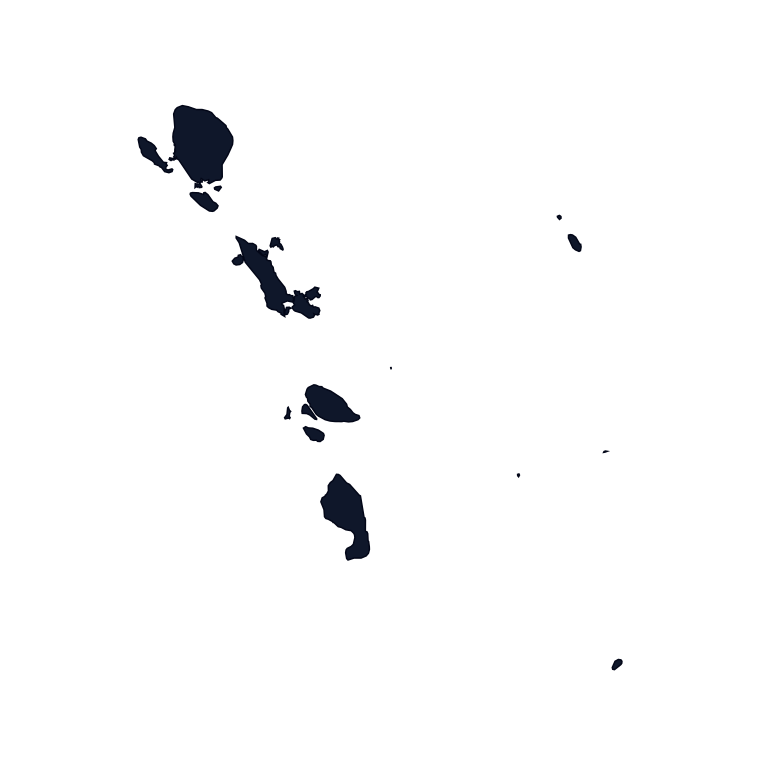 Wakatobi, Sulawesi Tenggara, Indonesia, rotated 13°
{"feature_id": "22746128B42553963392557", "entity_name": "Wakatobi", "entity_type": "district", "adm_level": 2, "iso_a3": "IDN", "parent_name": "Indonesia", "parent_adm1": "Sulawesi Tenggara", "projection": "albers", "projection_center": [123.878, -5.686], "detail": "fine", "context": "isolated", "style": "filled", "palette": "ink", "viewbox_px": 768, "rotation_deg": 13, "n_neighbors": 0, "source": "geoboundaries", "source_scale": "gbopen_adm2", "svg_char_len": 6183}
<svg xmlns="http://www.w3.org/2000/svg" viewBox="0 0 768 768"><g transform="rotate(13 384 384)"><path d="M151.3,157.6L145.1,157.5L139.4,158.8L131.0,157.9L124.9,158.1L120.4,161.2L118.9,163.6L118.3,168.2L122.5,181.1L122.2,187.0L122.7,190.6L124.0,194.9L126.4,197.6L125.8,197.9L126.1,198.8L127.1,199.0L127.5,202.9L128.3,203.8L127.7,204.1L128.1,205.6L127.1,206.5L128.6,208.3L128.0,210.0L129.8,211.2L130.8,209.6L131.3,210.6L130.9,211.4L131.6,211.0L133.7,211.8L150.5,227.5L157.0,229.6L157.8,228.9L159.1,229.4L160.2,228.3L161.3,228.2L161.2,227.0L160.4,227.4L159.6,226.3L159.7,224.9L163.7,226.4L167.8,223.9L167.2,224.7L167.6,227.0L167.1,227.4L168.7,228.0L173.9,223.5L178.5,222.1L179.5,220.1L179.8,218.6L176.9,206.7L180.3,195.9L181.8,188.6L182.5,184.6L182.0,180.9L180.8,177.4L174.4,170.7L172.8,169.7L171.9,167.8L161.9,162.5L160.2,162.3L155.0,158.4L151.3,157.6ZM352.9,504.4L351.8,505.7L351.9,506.6L349.4,508.8L349.0,513.0L353.8,519.9L355.9,526.7L357.6,528.1L360.2,528.3L364.8,529.6L365.5,530.4L366.4,530.3L371.5,533.3L374.5,533.3L379.6,534.6L385.1,534.3L388.2,536.3L389.2,537.6L390.2,540.2L390.2,547.1L388.5,549.7L385.2,552.4L384.4,554.2L384.6,557.1L386.9,562.5L388.5,563.6L394.0,560.3L400.9,558.7L405.3,555.5L406.9,552.4L407.0,548.5L406.3,545.9L404.5,541.0L403.7,540.3L401.8,533.5L400.7,531.9L399.5,531.9L398.8,531.0L396.5,520.7L395.6,518.8L394.5,518.3L386.2,498.3L384.8,497.9L373.1,489.6L369.7,488.8L361.8,483.0L359.9,482.4L358.0,482.7L356.0,489.6L353.9,492.1L352.6,495.6L353.9,500.7L352.9,504.4ZM215.8,275.3L206.8,273.5L207.1,275.0L211.1,278.9L221.4,296.5L239.3,310.4L242.3,314.3L241.9,315.8L242.9,318.1L247.5,322.2L249.0,325.2L248.7,326.9L251.8,331.6L252.5,334.4L254.4,335.6L257.8,336.5L262.8,336.2L264.4,337.3L267.8,338.1L268.0,339.2L272.0,340.5L270.3,336.8L270.0,333.4L268.4,330.0L266.9,329.7L266.4,328.2L271.1,324.8L276.5,324.7L276.9,321.9L275.2,318.5L273.7,318.8L271.6,318.2L270.5,318.7L268.5,318.1L267.7,315.6L265.5,312.1L257.2,305.5L254.4,302.6L253.4,300.4L251.6,299.7L249.7,295.2L247.5,293.5L246.3,290.3L245.4,289.5L243.4,289.8L241.5,289.1L241.4,287.9L240.2,286.6L236.2,286.2L230.2,282.8L229.5,282.0L228.7,278.5L227.8,277.6L224.4,276.6L220.1,277.6L215.8,275.3ZM317.8,400.4L315.8,400.6L311.0,404.5L310.2,406.3L309.8,411.9L311.3,414.2L312.6,415.0L313.7,417.9L316.5,420.2L317.1,422.5L318.8,423.1L324.8,428.7L327.4,430.0L334.7,432.0L339.7,432.2L344.4,431.6L351.4,430.1L353.1,429.3L357.9,428.9L361.9,427.6L366.7,424.6L368.0,422.5L366.7,420.4L362.8,420.1L360.2,419.0L357.0,416.4L353.4,414.6L352.1,412.1L346.6,407.7L333.6,402.9L325.7,401.7L324.0,400.6L321.3,401.1L317.8,400.4ZM98.4,200.6L96.4,198.8L91.7,198.2L89.8,199.2L89.5,201.0L92.7,208.1L94.7,210.1L95.5,212.7L98.2,215.7L107.9,218.6L110.4,220.0L110.9,221.3L115.8,222.0L117.0,222.9L118.4,223.0L122.5,226.4L126.9,226.5L129.7,224.7L129.9,222.6L129.0,222.1L125.4,224.1L122.8,223.7L122.7,221.8L123.6,219.7L122.2,218.8L122.4,217.2L119.2,217.6L113.0,212.8L108.8,208.5L108.4,207.8L109.2,205.9L106.5,203.4L103.1,201.7L98.4,200.6ZM280.7,312.8L278.9,313.5L276.7,313.0L275.7,313.7L277.0,316.2L279.2,317.3L277.6,318.3L277.0,319.6L277.8,322.6L277.2,325.1L279.1,327.1L277.3,329.5L277.4,330.3L279.4,332.2L280.9,332.9L287.4,333.3L295.7,336.6L297.2,336.4L300.2,334.7L300.7,333.0L299.7,331.3L302.2,331.8L303.9,331.0L304.1,331.5L305.0,330.5L304.5,330.0L304.9,326.9L303.4,324.7L299.4,324.3L298.0,325.1L296.8,323.5L296.2,324.2L293.6,323.8L292.1,321.9L290.8,321.4L290.5,320.8L291.2,320.7L291.3,320.0L290.7,318.8L289.6,318.1L288.2,319.0L285.7,316.7L285.2,315.0L283.8,314.2L281.8,315.4L280.7,312.8ZM169.8,239.1L166.6,237.6L165.4,238.2L165.5,239.9L160.1,239.5L154.3,240.6L152.5,241.5L152.4,242.6L153.7,244.4L165.0,251.2L174.9,254.7L178.2,254.3L179.5,253.5L181.9,250.1L182.2,247.7L179.5,245.7L176.3,244.9L169.8,239.1ZM330.5,443.7L324.6,443.1L320.1,443.8L317.3,443.2L315.4,445.1L319.7,450.1L323.3,452.3L325.1,454.5L327.8,454.8L330.7,454.0L332.3,454.8L334.7,454.4L337.2,451.6L337.2,447.5L336.1,445.8L330.5,443.7ZM543.2,203.7L537.8,197.9L534.2,196.4L532.1,196.5L530.3,197.4L530.9,200.3L537.4,208.7L540.4,210.2L544.2,210.9L545.4,209.9L545.2,206.1L544.2,203.6L543.2,203.7ZM298.1,309.6L298.9,305.3L294.8,305.2L293.6,307.1L289.6,310.8L288.0,311.5L287.4,312.8L288.2,314.4L287.1,314.7L286.7,316.0L287.8,316.6L288.1,316.1L292.6,317.8L293.3,318.6L294.9,317.8L297.5,314.3L298.5,313.9L300.2,314.7L301.2,314.4L302.0,312.6L301.8,311.4L300.1,311.4L299.8,310.4L298.1,309.6ZM326.3,433.1L313.9,422.0L312.4,421.5L311.1,422.0L309.8,424.6L310.1,428.8L310.9,431.0L315.3,430.2L318.5,430.8L324.6,433.8L326.3,433.7L326.3,433.1ZM248.4,266.2L248.5,265.6L247.4,265.7L247.6,267.0L246.7,267.2L245.2,265.9L242.3,267.3L242.0,275.0L243.0,276.1L244.3,275.0L245.3,275.3L246.1,273.9L248.2,272.5L249.9,274.1L251.7,273.8L252.4,275.4L255.2,276.2L255.4,275.4L254.2,273.4L252.2,271.1L250.3,270.3L250.2,268.8L249.2,267.4L249.8,266.9L248.4,266.2ZM216.6,300.0L218.8,297.5L219.0,294.1L217.8,291.9L215.5,291.1L215.2,290.3L213.1,291.4L213.3,293.1L210.3,295.0L208.5,298.4L210.6,300.7L213.1,301.3L216.6,300.0ZM672.8,610.5L677.9,604.1L678.5,602.6L678.2,600.6L676.9,599.5L674.3,599.7L671.5,602.2L670.2,608.9L671.0,610.5L672.8,610.5ZM241.4,281.5L240.3,280.1L237.8,282.0L232.1,280.9L231.7,282.3L237.3,286.0L239.3,284.4L241.4,286.6L241.4,281.5ZM300.1,437.9L298.9,436.8L298.6,433.0L299.2,431.7L297.8,430.9L295.9,428.2L295.5,428.9L296.3,435.5L294.7,439.2L295.6,440.2L298.6,438.7L299.8,439.0L300.1,437.9ZM274.5,330.5L271.8,331.3L271.2,336.3L271.4,337.4L272.5,338.5L274.2,337.6L274.8,334.9L274.4,332.4L276.3,331.1L274.5,330.5ZM179.4,233.1L181.2,229.0L180.2,228.1L175.6,229.9L174.6,231.1L175.3,232.3L179.4,233.1ZM162.1,232.6L159.9,230.3L157.2,231.3L155.0,231.2L155.7,235.1L156.4,234.2L157.3,234.1L157.0,233.5L158.3,234.1L158.3,233.4L159.5,233.3L160.1,234.1L162.1,233.4L162.1,232.6ZM519.2,182.6L518.7,181.0L517.9,180.6L516.9,180.3L515.2,181.6L515.6,182.5L518.0,184.2L519.2,182.6ZM128.7,211.8L124.4,211.8L124.1,213.5L126.2,214.2L127.1,213.2L128.9,213.0L128.7,211.8ZM536.0,444.1L536.5,442.3L535.7,441.3L534.5,442.0L534.9,443.3L536.0,444.1ZM613.4,401.2L614.6,400.7L616.6,399.4L614.8,399.5L613.6,400.3L613.4,401.2ZM387.6,368.1L387.4,366.6L386.6,366.0L387.6,368.1Z" fill="#0f172a" stroke="#020617" stroke-width="1.5"/></g></svg>